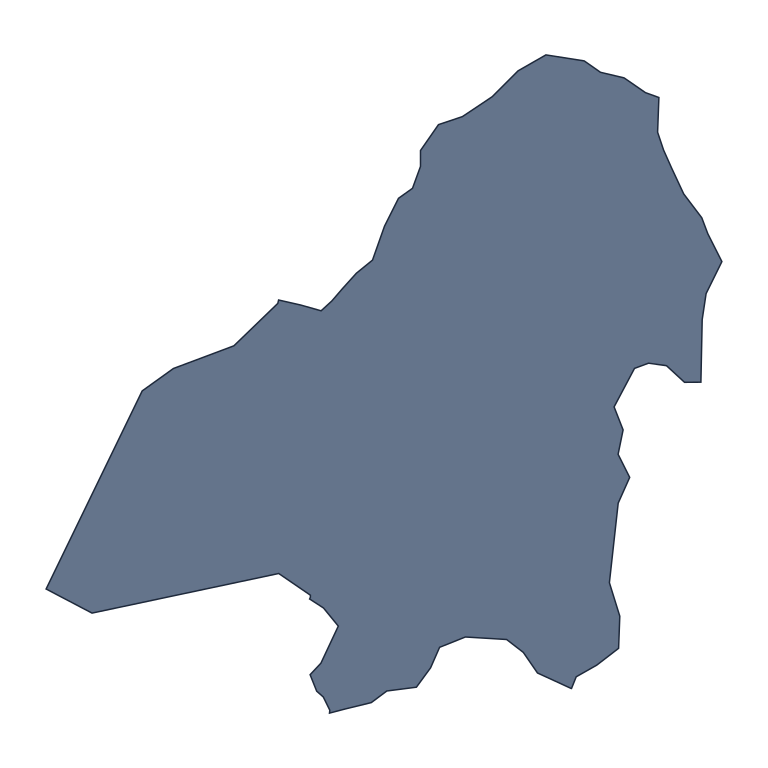 the district of Motala, Östergötland, Sweden
{"feature_id": "70781695B67213820771723", "entity_name": "Motala", "entity_type": "district", "adm_level": 2, "iso_a3": "SWE", "parent_name": "Sweden", "parent_adm1": "Östergötland", "projection": "albers", "projection_center": [15.209, 58.662], "detail": "fine", "context": "isolated", "style": "filled", "palette": "slate", "viewbox_px": 768, "rotation_deg": 0, "n_neighbors": 0, "source": "geoboundaries", "source_scale": "gbopen_adm2", "svg_char_len": 1057}
<svg xmlns="http://www.w3.org/2000/svg" viewBox="0 0 768 768"><path d="M329.5,713.1L345.5,708.9L371.3,702.6L386.8,691.0L416.4,687.2L430.6,667.8L439.6,647.3L465.4,637.0L506.6,639.5L523.3,652.4L537.5,673.0L571.0,688.4L571.5,688.5L576.2,676.8L596.8,665.1L618.6,648.3L619.8,616.2L609.4,582.7L618.2,503.1L629.7,477.4L618.1,454.3L623.1,429.9L614.1,406.9L634.5,368.4L648.5,363.2L666.5,365.7L684.5,382.3L700.9,382.2L702.2,319.6L706.1,293.6L721.9,261.6L707.8,233.7L701.8,217.8L683.7,193.9L671.6,168.0L663.6,150.1L657.6,132.2L658.9,97.5L645.4,92.6L624.1,77.9L600.5,72.3L585.5,61.8L584.2,60.9L545.9,54.9L518.1,70.8L492.2,96.7L462.4,116.6L438.5,124.6L420.5,150.5L420.5,166.4L412.5,188.3L398.5,198.3L384.5,226.2L372.5,260.1L356.4,273.2L342.4,288.7L331.8,301.0L321.1,310.8L300.6,305.0L278.6,300.0L277.8,303.4L233.9,345.8L173.4,368.5L142.2,390.9L46.1,589.0L92.0,613.1L278.7,573.5L310.4,595.2L310.4,597.2L309.6,599.0L323.5,608.0L338.3,626.1L320.9,663.2L310.1,674.7L316.7,691.2L323.3,697.0L329.8,710.2L329.5,713.1Z" fill="#64748b" stroke="#1e293b" stroke-width="1.5"/></svg>